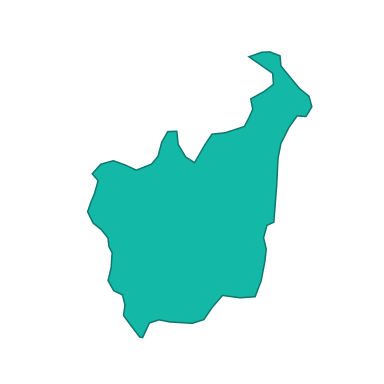 outline of Seocheon-gun, South Chungcheong, South Korea, rotated 101°
{"feature_id": "91817680B6691327376510", "entity_name": "Seocheon-gun", "entity_type": "district", "adm_level": 2, "iso_a3": "KOR", "parent_name": "South Korea", "parent_adm1": "South Chungcheong", "projection": "mercator", "projection_center": [126.683, 36.089], "detail": "fine", "context": "isolated", "style": "filled", "palette": "teal", "viewbox_px": 384, "rotation_deg": 101, "n_neighbors": 0, "source": "geoboundaries", "source_scale": "gbopen_adm2", "svg_char_len": 1016}
<svg xmlns="http://www.w3.org/2000/svg" viewBox="0 0 384 384"><g transform="rotate(101 192 192)"><path d="M206.0,105.9L169.5,110.1L142.2,114.0L127.5,114.0L109.9,109.1L97.2,103.3L96.2,94.5L85.5,90.6L75.7,95.5L69.9,106.2L61.1,117.0L51.3,128.7L41.5,131.6L39.6,142.3L41.5,150.2L48.4,161.9L60.1,135.5L70.8,132.6L79.6,140.4L89.4,152.1L99.2,148.2L108.0,150.2L117.7,153.1L127.5,170.7L131.4,183.4L143.1,188.3L162.7,195.1L158.8,204.9L148.0,214.6L135.3,218.5L137.3,227.3L149.0,231.2L163.6,232.2L172.4,237.1L181.2,250.8L178.3,262.5L176.3,275.2L182.2,286.9L193.2,293.4L198.8,286.3L212.5,287.5L221.9,289.4L231.3,290.7L241.3,283.2L246.3,273.8L253.2,265.7L261.3,263.2L266.9,258.8L281.9,256.9L295.0,257.5L303.8,250.0L306.3,240.6L315.7,236.3L326.3,235.6L333.8,227.5L344.4,215.6L344.3,212.7L328.7,208.8L323.8,200.0L323.8,189.2L320.9,166.8L315.0,156.0L301.4,150.2L287.7,142.3L286.7,124.8L282.8,110.1L266.2,107.2L246.7,107.2L234.0,108.2L223.2,113.0L210.5,112.1L206.0,105.9Z" fill="#14b8a6" stroke="#0f766e" stroke-width="1.5"/></g></svg>